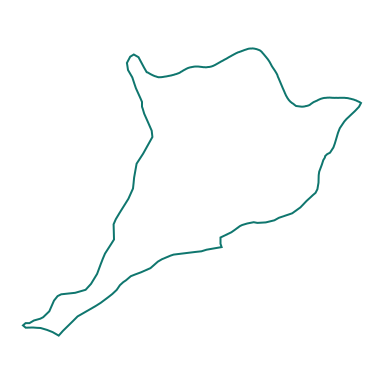 outline of En Mango, Micoud, Saint Lucia
{"feature_id": "8701671B14589117854765", "entity_name": "En Mango", "entity_type": "district", "adm_level": 2, "iso_a3": "LCA", "parent_name": "Saint Lucia", "parent_adm1": "Micoud", "projection": "albers", "projection_center": [-60.924, 13.8], "detail": "fine", "context": "isolated", "style": "outline", "palette": "teal", "viewbox_px": 384, "rotation_deg": 0, "n_neighbors": 0, "source": "geoboundaries", "source_scale": "gbopen_adm2", "svg_char_len": 5021}
<svg xmlns="http://www.w3.org/2000/svg" viewBox="0 0 384 384"><path d="M101.0,263.4L97.1,273.9L91.0,283.9L85.6,289.8L75.2,292.8L61.2,294.3L57.6,296.1L54.0,300.6L49.3,311.3L43.2,317.2L40.3,318.7L33.9,320.5L29.5,323.1L25.6,323.1L23.0,325.4L25.7,327.7L32.9,327.5L36.6,327.8L40.6,328.0L47.0,329.9L52.6,332.1L58.7,335.6L63.0,330.8L72.6,321.4L77.6,316.4L82.5,313.6L95.5,306.1L100.6,302.9L107.7,297.6L112.2,294.1L116.7,289.9L119.9,285.2L123.3,282.1L126.0,280.3L130.8,276.2L134.8,274.6L141.0,272.3L150.5,268.1L157.9,261.6L162.0,259.2L170.6,255.6L173.6,254.6L195.8,251.9L201.4,251.3L206.6,249.7L212.3,248.7L221.6,247.1L220.5,243.8L220.5,237.5L231.3,232.3L234.2,230.3L239.9,226.1L242.2,225.0L247.2,223.5L253.7,222.2L257.4,222.9L265.8,222.4L274.4,220.3L278.9,217.8L292.2,213.3L300.4,207.4L306.5,201.0L312.9,195.1L315.5,192.9L317.4,189.2L318.5,182.7L318.7,175.2L319.2,171.7L321.9,164.5L323.3,160.1L324.9,157.5L325.1,156.2L327.1,154.2L330.0,152.7L333.4,147.5L334.8,143.6L336.0,139.6L338.0,132.8L339.8,128.2L344.3,121.5L346.6,118.9L355.0,111.0L359.0,106.8L361.0,103.0L360.4,102.6L359.8,102.2L359.2,101.9L358.5,101.6L357.9,101.3L357.1,101.0L356.5,100.6L355.7,100.3L355.0,100.1L354.3,99.8L353.5,99.5L352.6,99.3L351.9,99.1L351.1,98.9L350.4,98.7L349.7,98.6L348.9,98.4L348.2,98.2L347.5,98.1L346.8,98.0L345.9,98.0L345.3,97.9L344.4,97.8L343.6,97.8L342.9,97.8L342.2,97.8L341.4,97.8L340.6,97.8L339.9,97.8L339.2,97.8L338.5,97.9L337.8,97.9L337.1,97.9L336.5,97.8L335.8,97.8L335.1,97.9L334.2,97.9L333.4,97.8L332.7,97.8L331.9,97.8L331.3,97.7L330.6,97.7L329.8,97.6L329.1,97.6L328.3,97.7L327.6,97.7L327.0,97.7L326.3,97.8L325.5,97.9L324.7,97.9L324.0,98.0L323.3,98.1L322.6,98.3L321.9,98.5L321.2,98.7L320.3,99.0L319.7,99.3L319.0,99.6L318.3,99.9L317.6,100.3L316.9,100.7L316.3,100.9L315.7,101.2L315.0,101.5L314.3,101.8L313.6,102.1L313.0,102.5L312.3,103.0L311.7,103.4L311.1,103.8L310.6,104.2L310.0,104.7L309.3,105.1L308.6,105.4L308.0,105.6L307.3,105.8L306.5,106.0L305.7,106.1L304.8,106.4L304.1,106.5L303.3,106.6L302.6,106.7L301.8,106.7L296.1,106.0L295.5,105.6L295.0,105.2L294.3,104.7L293.8,104.2L293.1,103.7L292.5,103.3L291.8,102.9L291.3,102.4L290.7,102.0L290.2,101.5L289.7,101.0L289.3,100.5L288.8,100.0L288.4,99.4L288.0,98.8L287.6,98.2L287.2,97.7L286.9,97.0L286.4,96.2L286.0,95.5L285.6,94.6L285.3,93.9L284.9,93.1L284.6,92.3L283.9,90.7L283.6,90.0L283.3,89.3L283.0,88.7L279.0,79.2L278.7,78.5L278.4,77.8L278.1,77.2L277.8,76.5L277.6,75.8L277.4,75.1L277.1,74.5L276.7,73.7L276.3,73.0L275.9,72.3L275.5,71.7L275.1,71.0L274.7,70.4L274.3,69.8L273.9,69.2L273.5,68.6L273.0,67.9L272.6,67.3L272.1,66.5L271.7,65.9L271.4,65.2L271.0,64.6L270.7,63.9L270.3,63.2L269.9,62.5L269.6,61.9L269.2,61.3L268.8,60.7L268.4,60.1L267.9,59.4L267.5,58.8L267.0,58.3L266.6,57.7L266.0,57.0L265.5,56.4L265.0,55.8L264.5,55.2L264.1,54.7L263.5,54.0L262.9,53.3L262.4,52.8L262.0,52.2L261.4,51.6L260.9,51.2L260.4,50.7L259.8,50.4L259.0,50.0L258.4,49.8L257.6,49.5L256.5,49.1L255.5,48.9L254.7,48.7L254.1,48.6L253.3,48.5L252.6,48.4L251.9,48.5L251.1,48.5L250.4,48.5L249.6,48.6L248.7,48.7L248.0,48.9L247.3,49.1L246.5,49.4L245.9,49.6L245.2,49.8L244.3,50.1L243.3,50.5L242.5,50.8L241.6,51.1L241.0,51.4L240.2,51.6L239.6,51.9L238.9,52.1L238.1,52.3L237.4,52.7L236.8,52.9L235.8,53.4L234.9,53.9L234.1,54.3L233.4,54.7L232.5,55.2L231.7,55.6L231.1,56.0L230.1,56.5L229.5,56.9L228.8,57.2L228.2,57.6L227.7,57.9L226.9,58.4L226.2,58.8L225.6,59.1L225.0,59.4L224.2,59.8L223.6,60.2L222.5,60.8L221.9,61.1L221.1,61.5L220.4,61.9L219.8,62.3L219.0,62.7L218.2,63.2L217.4,63.6L216.6,64.1L216.0,64.4L215.4,64.8L214.7,65.1L214.1,65.4L213.4,65.8L212.7,66.0L212.0,66.3L211.4,66.5L209.6,66.9L208.9,67.0L208.2,67.0L207.6,67.1L206.9,67.2L206.2,67.3L205.5,67.3L204.9,67.2L204.2,67.2L203.5,67.2L202.8,67.1L202.1,67.0L201.3,66.9L200.4,66.8L199.6,66.7L198.7,66.6L197.9,66.5L197.2,66.5L196.3,66.5L195.6,66.5L194.8,66.6L194.1,66.6L193.4,66.8L192.7,66.9L192.0,67.0L191.3,67.2L190.4,67.3L189.7,67.5L189.0,67.7L188.4,67.9L187.8,68.1L187.0,68.5L186.3,68.8L185.5,69.3L184.7,69.7L184.1,70.0L183.5,70.4L182.9,70.7L182.3,71.1L181.7,71.5L181.0,71.8L180.5,72.2L179.9,72.6L179.3,72.9L178.6,73.2L178.0,73.4L177.2,73.7L176.4,74.0L175.7,74.2L174.8,74.4L174.1,74.7L173.3,74.9L172.5,75.1L171.7,75.3L171.1,75.5L170.3,75.6L169.5,75.8L168.7,75.9L168.0,76.1L167.3,76.2L166.5,76.4L165.7,76.5L165.0,76.6L164.3,76.7L163.3,76.9L162.6,77.0L161.7,77.1L161.1,77.2L160.3,77.2L159.6,77.2L158.8,77.3L158.1,77.1L157.4,77.0L156.7,76.7L156.1,76.5L155.4,76.3L154.7,76.1L154.0,75.8L153.1,75.4L152.4,75.1L151.7,74.7L151.0,74.4L150.3,74.0L149.4,73.5L148.8,73.1L148.2,72.8L147.6,72.4L146.7,72.2L144.0,67.5L138.5,57.2L133.8,54.5L130.2,56.7L126.9,63.0L127.1,64.0L128.0,70.0L132.3,77.4L134.4,83.8L135.9,88.2L140.5,98.4L142.0,101.9L142.0,106.7L142.7,108.7L144.2,113.7L147.9,122.0L151.7,130.7L152.4,137.0L143.1,153.7L136.6,163.7L135.7,168.7L134.1,177.7L133.6,183.0L133.0,188.5L130.9,193.2L128.4,198.8L121.2,210.3L119.4,213.2L115.8,219.2L113.6,224.3L113.8,231.5L114.0,239.5L111.1,244.1L105.0,253.6L102.5,259.5L102.0,260.9L101.0,263.4Z" fill="none" stroke="#0f766e" stroke-width="2"/></svg>